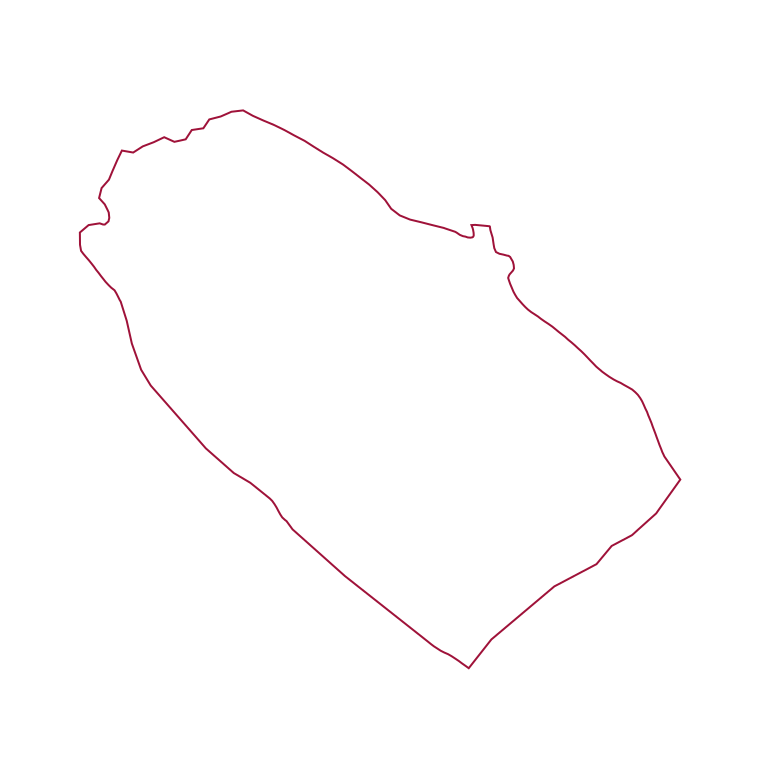 Sarar, Abyan, Yemen, rotated 80°
{"feature_id": "15242507B17231437712289", "entity_name": "Sarar", "entity_type": "district", "adm_level": 2, "iso_a3": "YEM", "parent_name": "Yemen", "parent_adm1": "Abyan", "projection": "natural_earth1", "projection_center": [45.331, 13.58], "detail": "fine", "context": "isolated", "style": "outline", "palette": "rose", "viewbox_px": 768, "rotation_deg": 80, "n_neighbors": 0, "source": "geoboundaries", "source_scale": "gbopen_adm2", "svg_char_len": 2895}
<svg xmlns="http://www.w3.org/2000/svg" viewBox="0 0 768 768"><g transform="rotate(80 384 384)"><path d="M408.6,167.9L407.1,169.2L405.3,170.7L403.7,172.0L400.7,174.0L396.6,176.8L396.0,177.2L392.5,179.5L389.5,181.5L386.0,184.0L382.3,186.9L379.1,189.3L375.4,192.3L372.3,195.0L369.0,197.5L366.0,200.2L362.9,203.0L359.6,205.8L356.8,208.2L353.2,211.8L350.4,214.8L347.0,218.2L344.2,220.7L341.5,223.6L338.8,226.5L335.7,229.3L332.6,231.6L329.6,233.6L325.8,235.9L322.4,238.0L318.8,239.4L315.5,240.5L311.1,241.5L307.2,242.4L303.4,243.0L301.1,243.3L299.0,242.2L297.8,241.2L294.6,237.2L292.7,235.9L289.2,235.6L285.7,235.9L282.8,237.0L280.8,237.7L279.4,239.1L278.9,240.6L277.3,244.0L275.8,247.7L273.5,250.8L269.4,251.8L265.7,251.8L262.1,251.7L258.6,251.6L254.5,252.1L251.0,252.5L247.3,252.4L247.0,252.6L246.2,255.4L245.2,259.0L243.1,266.7L242.7,270.3L245.5,269.7L247.4,269.5L250.7,269.5L253.1,269.8L253.8,270.1L254.6,270.8L254.9,271.5L254.9,273.5L254.2,276.1L253.0,278.2L252.1,280.6L250.3,283.4L247.8,285.9L246.5,287.4L241.4,296.8L240.7,298.0L240.0,299.6L236.0,308.6L231.3,319.0L226.6,329.8L220.7,339.2L212.7,346.5L203.1,350.9L194.0,357.0L184.9,364.1L176.8,371.5L168.7,378.8L160.7,386.3L152.8,395.0L145.5,403.8L144.2,405.2L142.8,406.8L138.2,411.9L130.8,419.9L123.5,429.4L116.6,438.0L114.6,440.7L109.7,447.5L103.6,457.0L97.1,466.6L90.1,475.2L89.4,487.0L90.2,490.1L92.2,498.4L93.1,510.1L100.8,517.5L100.5,529.2L108.6,536.8L108.9,542.9L109.1,548.4L105.4,553.8L102.8,557.6L105.9,568.8L107.2,575.6L108.1,580.3L112.5,590.8L108.6,601.6L117.2,607.8L119.3,609.2L126.1,613.7L126.2,613.8L135.0,619.4L142.0,628.1L151.4,632.3L158.6,627.8L164.3,626.1L167.3,625.3L172.7,625.7L176.0,627.1L178.5,631.3L178.2,632.9L176.4,636.1L176.2,647.3L182.0,657.2L194.1,659.2L200.2,659.2L203.6,657.5L207.2,655.4L207.7,655.1L211.0,653.1L215.0,650.9L218.2,649.2L221.7,647.6L225.1,645.7L228.5,644.0L231.8,642.2L235.0,640.5L238.7,638.1L241.8,635.9L244.9,633.1L248.3,631.8L251.9,630.7L255.7,629.6L257.1,629.0L277.0,626.4L300.4,625.3L327.8,620.7L345.0,614.0L416.5,570.6L445.6,547.4L458.0,532.9L477.0,516.3L479.7,514.4L483.3,512.7L487.1,511.2L490.6,510.1L494.4,508.8L497.7,507.4L500.7,505.1L502.1,503.8L511.3,499.3L566.4,455.8L645.2,385.6L648.2,383.0L651.0,380.4L653.6,377.6L656.5,374.5L658.9,371.3L661.2,367.8L663.8,364.7L667.0,361.3L669.8,358.4L672.8,355.6L675.8,352.6L678.5,350.0L678.6,349.9L654.2,322.6L612.9,251.4L598.3,206.0L583.0,187.9L576.0,166.2L575.5,165.3L571.7,159.3L558.7,138.4L555.0,134.7L529.6,108.8L504.0,120.5L502.0,121.0L499.6,121.7L495.9,122.4L491.7,123.3L488.2,123.9L483.9,124.7L480.3,125.3L476.6,126.0L472.4,126.8L468.7,127.4L464.6,128.3L460.7,129.2L457.2,129.8L453.5,130.9L449.7,131.8L445.9,132.8L442.4,134.1L438.7,135.9L435.8,137.9L432.6,140.5L429.9,143.7L426.5,147.9L424.0,150.8L421.9,153.9L419.4,157.1L416.0,160.9L413.0,163.9L410.0,166.8L408.7,167.9L408.6,167.9Z" fill="none" stroke="#9f1239" stroke-width="2"/></g></svg>